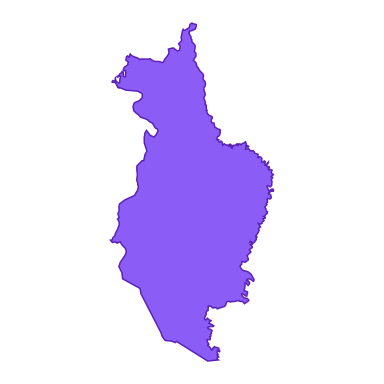 Poro, Savanes, Ivory Coast (Robinson projection)
{"feature_id": "98640826B2900878653745", "entity_name": "Poro", "entity_type": "district", "adm_level": 2, "iso_a3": "CIV", "parent_name": "Ivory Coast", "parent_adm1": "Savanes", "projection": "robinson", "projection_center": [-5.804, 9.476], "detail": "fine", "context": "isolated", "style": "filled", "palette": "violet", "viewbox_px": 384, "rotation_deg": 0, "n_neighbors": 0, "source": "geoboundaries", "source_scale": "gbopen_adm2", "svg_char_len": 5995}
<svg xmlns="http://www.w3.org/2000/svg" viewBox="0 0 384 384"><path d="M110.5,240.2L111.8,241.9L113.0,242.6L114.6,241.7L117.2,243.1L117.5,242.5L118.7,242.6L119.2,242.0L120.3,241.9L121.6,244.4L125.0,248.1L126.1,250.0L126.2,252.1L125.0,255.4L120.3,262.3L118.9,266.6L121.9,272.7L122.6,278.8L140.0,288.4L141.0,293.8L161.1,332.9L162.1,336.3L164.7,339.9L165.7,340.5L171.8,341.2L175.2,342.6L176.5,341.4L207.7,361.0L218.3,359.9L217.1,359.1L217.0,358.4L217.5,357.4L218.7,356.9L217.0,355.2L218.1,354.6L216.8,352.2L217.4,350.6L219.2,351.7L219.8,351.0L218.8,349.3L218.8,348.2L216.4,347.4L215.6,347.6L214.5,346.6L212.7,348.3L212.4,349.6L211.5,350.0L209.8,347.1L207.6,345.4L207.9,344.8L208.7,344.5L208.7,343.9L207.4,341.8L206.9,340.0L207.3,339.6L210.0,339.7L210.3,338.1L209.7,336.7L210.9,336.0L210.6,333.8L211.4,333.3L211.3,332.1L212.1,331.0L212.0,330.4L210.2,329.1L208.3,328.9L207.6,327.5L210.1,326.6L212.9,326.6L213.8,325.9L211.7,324.4L209.0,323.4L209.6,321.7L211.1,320.9L210.8,320.4L209.2,320.0L207.4,318.2L206.3,319.8L204.8,319.6L204.6,319.2L204.7,317.8L206.2,314.5L206.1,312.6L207.1,310.8L208.1,310.5L208.1,308.1L208.6,306.5L208.2,306.2L208.8,305.8L211.4,306.4L212.2,307.7L212.9,308.0L215.4,307.5L216.8,308.0L217.2,308.8L224.6,306.4L225.7,305.1L226.4,302.3L227.7,301.4L229.5,301.5L230.6,302.1L231.8,301.4L233.3,301.7L238.0,300.6L240.5,301.5L242.5,301.4L244.5,303.7L248.6,300.8L248.7,299.9L247.3,298.6L243.6,297.6L241.6,294.9L241.7,293.7L242.9,293.9L245.6,295.9L246.7,296.2L247.6,292.2L246.9,291.5L244.8,291.0L243.9,290.1L244.7,288.2L245.1,284.8L244.9,283.1L245.9,283.0L248.1,285.4L249.5,283.7L249.5,282.3L248.1,280.8L246.6,281.1L246.4,280.6L246.8,279.6L248.5,278.8L250.4,279.2L253.5,281.3L253.9,280.8L253.9,279.2L251.0,274.1L248.0,271.8L242.4,270.1L240.7,268.0L240.0,265.9L241.7,264.3L241.8,261.7L242.4,261.5L245.1,262.3L248.2,260.1L248.2,258.7L247.1,255.6L250.9,252.0L249.3,249.7L252.3,247.5L252.2,246.7L250.4,244.6L252.3,244.4L252.7,243.9L252.4,243.3L249.7,242.2L250.5,241.3L252.2,242.6L253.3,242.8L254.8,242.0L255.1,240.6L256.1,240.0L256.4,238.9L256.1,237.8L256.9,237.1L256.6,236.4L255.8,236.2L255.9,235.9L258.5,232.0L259.1,230.2L258.4,228.5L260.5,226.9L258.6,224.3L258.3,223.3L260.7,224.1L262.0,223.4L262.5,221.8L264.1,220.7L263.0,218.8L265.3,218.0L265.3,217.5L263.7,216.4L265.0,216.1L265.4,214.7L267.1,213.6L267.5,211.7L266.1,210.9L265.9,208.7L264.7,207.2L266.9,204.6L266.1,203.9L267.6,202.1L267.1,199.2L267.8,198.5L269.9,199.0L271.0,198.2L271.3,197.3L270.5,194.5L269.4,193.9L268.5,194.0L268.3,193.2L271.0,191.3L273.2,191.3L273.5,190.3L273.2,189.3L272.0,189.0L269.1,190.9L267.0,186.5L267.2,185.8L267.9,185.7L270.3,186.9L271.7,185.4L272.0,181.3L271.2,179.9L272.6,177.6L271.1,176.9L271.1,176.4L272.7,175.5L273.3,174.4L272.0,173.8L271.3,172.5L272.1,170.1L270.4,169.7L269.1,170.2L268.2,168.9L268.8,167.5L269.4,167.9L269.3,166.8L268.9,166.5L267.8,167.0L266.9,166.4L266.9,164.6L268.4,162.9L268.4,162.0L265.7,165.2L264.7,165.2L265.3,161.7L264.2,160.9L263.5,162.2L261.6,162.0L261.9,158.7L260.8,157.0L259.1,156.8L258.5,157.6L257.7,157.4L258.1,154.4L254.7,153.1L253.9,151.3L253.2,150.6L250.2,151.0L249.4,149.3L248.6,148.8L245.5,149.2L246.0,147.0L248.2,147.1L248.7,146.4L247.5,145.7L247.0,146.5L245.9,145.9L246.4,144.4L245.5,141.8L243.5,143.2L242.4,143.4L241.1,144.7L240.5,144.7L240.2,144.0L238.9,143.9L238.2,145.6L236.8,145.0L237.5,144.7L237.4,143.9L237.0,143.8L234.9,145.6L234.0,145.1L232.9,145.9L231.2,145.0L231.0,145.4L232.3,146.0L232.5,147.8L232.2,148.3L230.8,147.1L230.0,145.6L230.0,144.7L231.0,144.0L229.1,144.5L228.7,146.1L227.4,145.0L225.8,144.9L224.2,143.8L222.8,145.2L221.9,141.6L220.7,141.1L219.9,142.1L219.2,142.1L218.6,141.2L218.8,139.6L218.1,139.5L217.4,140.1L216.5,139.0L217.5,136.8L218.5,136.4L219.5,135.2L220.4,132.2L219.8,130.8L220.4,130.2L220.0,129.6L217.6,128.8L214.7,126.9L214.0,123.1L212.2,122.8L211.2,121.5L211.1,120.2L212.4,118.0L212.0,116.5L209.1,115.3L207.2,113.3L206.8,110.9L206.4,110.6L207.0,110.2L206.3,109.0L206.3,105.5L205.7,104.5L205.1,104.4L205.4,102.4L203.8,98.0L205.4,94.4L204.8,93.3L204.8,92.1L204.2,91.1L203.8,88.0L205.2,85.9L205.5,84.2L205.0,81.5L203.8,80.3L202.9,78.4L203.6,75.4L202.6,73.7L199.4,70.3L198.2,67.8L197.0,66.6L195.9,62.7L193.4,60.3L196.0,56.1L195.9,53.2L194.4,51.5L195.2,46.3L194.7,44.7L191.9,41.8L191.9,39.9L191.0,38.4L191.0,36.9L189.1,33.8L189.5,32.9L188.9,32.1L189.6,31.0L191.8,30.7L195.3,29.0L196.2,26.3L196.3,24.7L195.9,24.3L192.8,23.7L191.9,23.0L190.0,24.4L189.5,26.7L188.9,27.8L185.1,30.3L183.9,30.2L183.2,29.3L182.5,30.6L181.1,37.8L181.8,40.4L178.6,43.8L180.3,46.7L179.4,50.2L177.2,51.0L173.6,48.1L172.5,48.0L168.4,49.1L169.0,53.1L167.2,56.2L164.5,59.6L163.6,61.8L162.6,62.6L159.1,61.5L154.7,61.4L152.7,60.6L150.1,58.7L148.3,59.1L140.8,59.0L139.8,59.7L138.3,58.3L133.1,56.4L131.2,55.2L130.2,54.0L129.6,55.6L129.5,57.0L129.0,57.2L127.6,55.9L126.5,56.7L125.9,60.2L128.4,62.1L127.8,63.5L128.0,64.3L127.4,65.1L124.2,67.3L123.4,69.2L123.2,70.2L123.9,70.9L125.2,70.5L125.7,71.0L125.6,75.9L125.2,76.8L124.4,76.9L123.3,76.1L123.5,74.6L123.2,72.4L121.9,71.6L121.5,72.7L119.6,74.1L118.8,75.7L117.4,76.4L117.7,77.1L119.3,76.1L120.7,76.4L119.9,79.1L119.6,82.8L118.7,83.0L116.4,81.5L115.4,79.1L115.6,77.7L115.3,78.0L115.1,80.3L114.0,81.3L112.9,80.6L112.2,81.5L112.1,82.2L112.4,82.4L114.5,82.2L115.3,82.5L116.9,85.7L118.0,86.6L117.7,87.3L119.0,88.1L119.6,87.6L125.9,90.1L137.8,91.2L141.8,93.4L142.3,94.4L142.2,97.6L139.3,100.7L134.9,102.5L134.0,103.4L133.0,107.0L133.8,110.8L136.8,113.7L138.0,114.2L140.6,117.2L147.0,119.4L149.5,121.7L152.4,123.2L155.4,128.1L157.5,129.0L157.9,130.9L156.5,134.2L154.0,137.0L150.3,135.4L146.5,130.4L145.0,132.8L144.2,137.8L144.3,143.0L146.9,151.0L145.0,154.6L143.7,160.7L142.0,160.7L136.9,166.0L136.8,169.5L137.4,174.7L136.7,180.3L137.7,182.8L137.7,185.0L138.5,186.2L137.6,190.0L134.6,195.4L124.9,199.9L119.6,203.9L118.9,206.7L119.1,210.9L117.8,213.8L119.2,217.3L117.5,218.9L119.1,221.8L119.2,224.5L117.4,229.7L115.5,233.1L114.8,235.7L112.8,237.8L112.0,240.1L110.5,240.2Z" fill="#8b5cf6" stroke="#5b21b6" stroke-width="1.5"/></svg>